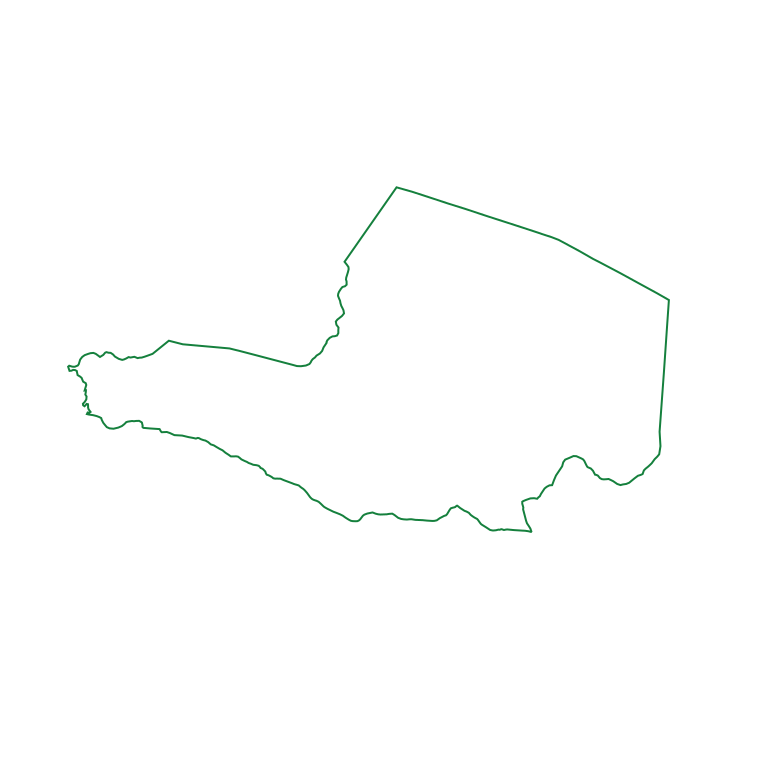 the district of Lafey, North-Eastern, Kenya, rotated 253°
{"feature_id": "3690345B88001194641971", "entity_name": "Lafey", "entity_type": "district", "adm_level": 2, "iso_a3": "KEN", "parent_name": "Kenya", "parent_adm1": "North-Eastern", "projection": "mercator", "projection_center": [41.132, 3.486], "detail": "fine", "context": "isolated", "style": "outline", "palette": "green", "viewbox_px": 768, "rotation_deg": 253, "n_neighbors": 0, "source": "geoboundaries", "source_scale": "gbopen_adm2", "svg_char_len": 5582}
<svg xmlns="http://www.w3.org/2000/svg" viewBox="0 0 768 768"><g transform="rotate(253 384 384)"><path d="M568.4,453.5L512.4,382.0L508.8,383.4L506.3,384.2L504.2,383.8L501.8,382.4L498.7,380.3L496.8,379.0L495.0,378.2L493.1,378.2L489.9,377.3L488.9,375.3L488.9,372.6L487.6,370.6L485.2,367.8L483.5,366.5L481.8,365.8L479.0,366.0L476.5,366.3L473.9,366.0L471.2,366.0L469.1,366.4L466.4,366.8L463.2,366.4L461.4,363.8L459.2,358.2L457.8,356.2L454.6,355.8L451.3,357.0L448.7,356.0L446.0,355.2L444.1,353.3L444.1,350.9L444.6,348.6L444.0,345.6L442.3,342.5L440.8,341.2L440.2,341.2L436.7,336.9L433.7,334.5L431.9,331.6L430.9,327.8L429.6,325.8L428.6,323.1L427.5,321.5L426.1,320.2L424.9,318.5L424.5,314.7L425.3,309.7L426.6,306.0L428.9,302.4L447.4,272.5L458.5,254.5L458.9,253.8L459.3,253.1L463.2,246.6L480.8,203.2L488.3,190.9L480.5,171.5L480.2,165.6L480.1,163.0L480.1,160.0L480.6,158.1L480.8,155.9L481.9,154.6L483.0,153.2L483.4,149.4L484.4,147.6L483.8,145.0L483.5,142.5L483.6,140.7L485.6,137.7L488.9,134.7L491.5,133.5L493.7,131.7L494.5,129.6L495.6,127.9L495.5,126.6L495.3,126.2L493.9,124.1L492.9,120.3L494.7,119.0L497.1,117.2L498.7,115.2L499.3,112.3L499.3,109.9L499.1,106.2L498.1,103.3L496.2,100.6L494.0,99.1L492.2,97.9L491.2,96.6L490.9,93.3L491.7,91.0L493.5,88.3L492.9,87.0L488.5,87.1L488.1,89.1L488.4,90.8L487.6,92.7L486.3,94.0L484.3,93.8L482.1,93.6L480.0,95.5L478.3,96.6L476.1,96.8L474.2,97.0L472.0,99.0L470.1,99.0L465.3,95.8L465.1,97.1L463.5,96.5L461.2,95.3L459.0,95.9L456.3,94.8L454.4,92.6L453.1,90.3L451.6,90.1L450.3,91.1L451.1,92.6L451.9,93.8L451.2,95.0L449.2,94.5L447.9,94.1L446.2,94.1L444.7,94.6L443.1,95.2L442.6,93.8L443.4,92.3L442.1,91.1L441.1,92.8L439.2,96.8L437.3,99.9L435.6,102.1L434.1,103.6L432.2,103.6L428.9,104.2L426.4,105.2L423.8,106.3L421.8,108.6L420.3,112.3L420.0,117.2L420.4,121.0L421.4,123.6L422.3,125.4L422.6,125.9L422.9,126.3L422.9,128.0L422.3,132.2L421.5,134.0L421.1,136.4L420.3,139.1L418.5,140.8L417.9,141.2L414.6,141.0L414.2,140.7L413.3,140.5L412.8,140.8L412.4,141.1L409.8,147.5L406.5,156.2L404.2,156.7L403.6,156.9L402.9,157.3L402.5,158.8L401.6,162.3L399.7,164.9L396.4,168.6L395.4,171.3L393.7,175.9L390.4,181.5L388.1,185.9L386.8,188.2L386.9,190.0L386.7,190.5L386.4,191.1L384.7,192.8L383.3,194.7L382.5,196.0L382.2,196.6L381.7,197.1L379.8,198.9L376.9,200.7L375.8,202.3L375.5,202.7L375.2,203.2L372.6,205.5L369.9,208.0L367.8,210.2L364.6,212.3L361.5,214.9L359.6,216.3L358.8,218.7L358.1,221.4L357.2,223.2L355.4,224.5L353.6,225.6L351.0,228.4L349.6,230.1L348.0,231.5L346.7,233.3L345.0,235.3L343.6,238.4L342.4,240.3L341.1,241.0L340.5,241.3L339.8,241.4L338.6,242.9L337.9,243.4L335.0,244.9L333.2,244.9L331.6,245.3L330.4,247.0L328.6,248.8L328.0,249.3L327.3,249.9L326.3,250.5L326.0,250.9L325.8,251.3L325.3,252.3L324.8,254.0L324.6,254.7L324.3,255.4L323.9,256.7L323.7,257.3L323.3,257.8L321.4,260.0L315.5,267.7L315.0,268.2L314.6,268.8L313.7,270.1L313.3,270.8L312.8,271.5L312.0,272.7L311.5,273.1L310.3,273.8L308.9,274.8L307.3,276.1L305.6,277.1L302.2,278.6L297.8,280.1L297.3,280.3L296.7,280.6L295.4,281.3L294.0,282.6L292.5,284.6L292.1,285.3L291.5,285.9L290.5,287.0L289.9,287.4L287.9,288.6L284.6,290.4L283.9,290.9L283.2,291.5L281.2,293.4L278.4,296.4L276.7,298.2L274.7,300.8L272.2,303.9L270.0,306.2L267.6,308.0L266.2,309.2L264.5,310.7L262.9,312.3L262.0,314.0L261.0,316.9L260.6,318.6L260.9,320.3L261.2,320.9L261.5,321.6L264.2,325.3L264.8,327.0L265.0,330.2L264.5,335.4L264.1,336.0L262.5,338.0L261.1,340.3L260.2,342.5L258.6,348.5L258.3,350.9L257.6,354.0L255.7,355.7L251.9,358.4L249.9,361.0L248.8,363.3L247.7,366.2L247.1,369.1L246.9,369.9L246.6,370.8L244.9,374.3L242.5,381.1L240.8,385.2L238.9,390.2L238.4,392.1L238.2,394.6L239.4,398.2L240.0,401.5L240.2,402.4L240.3,403.3L240.3,404.9L240.7,405.6L241.1,406.3L244.1,409.6L245.1,410.9L245.6,411.7L245.6,412.9L245.6,413.7L245.5,414.9L245.5,415.5L245.5,416.0L246.3,417.9L246.2,418.5L243.1,420.6L239.8,423.4L239.3,423.8L238.8,424.4L237.9,425.6L236.6,426.9L236.2,427.3L235.8,427.6L234.2,428.3L233.6,428.6L233.1,428.9L231.5,430.1L229.8,431.5L229.2,432.1L228.6,432.7L227.7,433.6L227.1,433.9L226.6,434.1L223.9,435.0L222.2,435.6L221.6,435.9L220.9,436.4L216.9,439.9L213.4,442.8L212.4,444.6L212.1,445.2L211.9,445.9L211.4,448.3L211.3,450.5L211.2,451.1L210.9,451.6L210.8,452.2L210.8,453.0L210.9,453.6L210.5,454.4L209.3,456.0L209.2,457.1L209.2,457.6L208.9,459.3L206.4,465.3L203.2,473.8L202.7,475.2L202.5,475.8L201.0,479.0L199.6,481.3L199.9,481.8L203.0,481.7L206.0,480.9L209.0,480.0L211.7,479.9L223.6,480.4L225.0,481.1L227.2,481.2L229.0,481.2L231.0,481.8L231.2,482.4L231.3,482.9L231.6,485.7L231.8,490.5L230.9,494.2L229.8,496.3L229.5,497.0L230.4,498.4L231.1,500.2L233.0,502.0L237.1,507.0L238.1,509.5L238.7,512.6L238.1,515.2L242.3,518.4L246.2,521.7L253.2,530.3L256.7,532.5L258.7,535.1L259.2,540.1L259.7,544.1L258.7,546.9L254.9,551.2L253.6,552.4L251.7,553.1L247.7,553.7L245.7,554.1L245.2,554.3L244.8,554.6L242.7,557.1L239.9,558.5L237.2,559.0L236.4,559.2L235.6,559.3L234.8,560.8L234.3,561.2L233.8,561.8L231.0,562.9L229.4,564.4L228.6,566.1L228.0,568.5L227.5,571.0L225.9,572.8L224.0,574.8L220.2,577.8L218.2,580.6L218.1,583.1L217.6,586.4L217.9,589.6L220.5,595.9L222.0,600.0L222.0,602.4L222.1,603.9L222.2,604.4L222.3,605.0L224.9,606.9L225.4,607.3L226.5,609.3L227.7,612.3L228.3,613.6L229.9,616.8L233.0,620.9L234.6,624.0L236.3,626.6L243.7,630.2L257.8,633.6L313.1,655.0L358.6,672.4L381.0,681.0L391.1,671.5L405.6,657.3L420.8,642.5L437.1,626.1L442.5,620.5L453.9,609.8L470.8,593.1L475.5,587.1L481.3,578.8L482.3,577.5L493.3,561.9L504.4,546.0L513.8,532.5L515.7,529.8L527.2,513.6L538.1,497.7L549.4,481.7L559.7,467.0L568.4,453.5Z" fill="none" stroke="#15803d" stroke-width="2"/></g></svg>